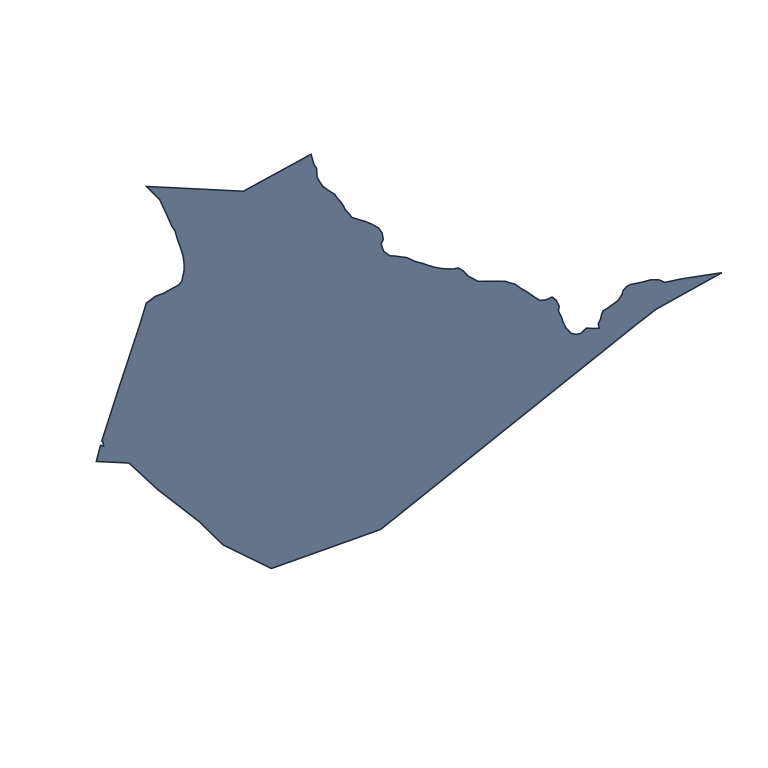 outline of Santo Domingo Tonaltepec, Oaxaca, Mexico, rotated 108°
{"feature_id": "50627088B70552877452577", "entity_name": "Santo Domingo Tonaltepec", "entity_type": "district", "adm_level": 2, "iso_a3": "MEX", "parent_name": "Mexico", "parent_adm1": "Oaxaca", "projection": "mercator", "projection_center": [-97.366, 17.615], "detail": "fine", "context": "isolated", "style": "filled", "palette": "slate", "viewbox_px": 768, "rotation_deg": 108, "n_neighbors": 0, "source": "geoboundaries", "source_scale": "gbopen_adm2", "svg_char_len": 1682}
<svg xmlns="http://www.w3.org/2000/svg" viewBox="0 0 768 768"><g transform="rotate(108 384 384)"><path d="M594.3,434.1L565.0,396.1L534.0,356.0L523.4,342.3L498.8,326.1L467.4,305.5L401.4,262.2L249.2,162.2L228.8,148.3L185.6,108.1L173.7,97.0L191.9,133.3L200.6,148.3L199.9,154.6L201.1,158.6L202.5,162.6L206.9,169.2L209.6,173.9L213.2,180.4L216.2,183.3L221.2,185.5L225.1,185.3L232.5,187.3L238.2,191.5L243.5,195.4L246.8,198.3L250.9,198.5L255.3,198.2L260.8,198.8L264.4,196.6L266.3,201.5L268.3,208.8L275.1,212.5L277.5,216.7L277.9,221.9L274.3,228.4L269.4,233.1L265.6,235.7L260.8,240.6L255.9,241.4L251.1,246.1L249.3,250.9L253.9,256.0L256.3,261.5L255.3,265.8L254.0,270.5L252.2,276.3L250.7,283.5L248.5,290.5L248.9,295.2L248.8,300.3L252.2,311.0L255.7,321.6L257.3,326.5L255.2,337.6L251.9,343.6L250.7,349.4L253.2,353.6L255.7,362.0L256.6,366.5L257.3,371.8L257.5,379.1L257.3,384.5L257.8,391.7L257.3,396.1L256.8,401.9L257.8,406.9L258.8,412.7L260.3,418.3L258.0,425.1L255.1,427.5L251.6,429.9L246.8,429.3L240.8,432.5L237.3,437.5L235.8,444.4L235.1,453.1L235.4,456.9L235.5,466.2L232.9,469.7L230.3,474.6L226.7,478.0L224.4,481.1L221.5,486.0L218.9,489.3L217.1,496.3L216.0,499.9L214.7,503.6L211.5,507.7L207.9,511.6L199.8,514.6L197.0,518.3L188.0,524.4L194.8,530.8L244.1,577.3L253.8,613.1L269.5,671.0L278.1,654.2L291.2,642.0L299.3,634.7L303.1,630.0L311.2,624.5L316.7,620.1L324.5,614.5L331.9,611.1L337.3,609.3L342.1,608.8L348.9,608.1L353.1,609.7L359.5,615.8L365.7,621.5L371.4,628.7L375.6,631.5L380.5,635.1L402.5,634.6L469.9,635.0L525.6,634.8L525.9,633.3L529.7,631.5L529.9,634.7L546.6,633.7L538.0,602.1L554.4,566.5L572.2,516.8L586.8,487.4L594.3,434.1Z" fill="#64748b" stroke="#1e293b" stroke-width="1.5"/></g></svg>